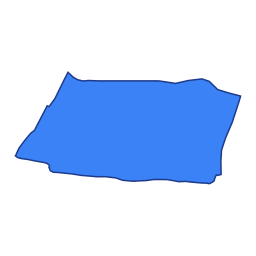 outline of Gros Islet/Edge Water, Gros Islet, Saint Lucia
{"feature_id": "8701671B26446113405700", "entity_name": "Gros Islet/Edge Water", "entity_type": "district", "adm_level": 2, "iso_a3": "LCA", "parent_name": "Saint Lucia", "parent_adm1": "Gros Islet", "projection": "mercator", "projection_center": [-60.95, 14.079], "detail": "fine", "context": "isolated", "style": "filled", "palette": "blue", "viewbox_px": 256, "rotation_deg": 0, "n_neighbors": 0, "source": "geoboundaries", "source_scale": "gbopen_adm2", "svg_char_len": 1245}
<svg xmlns="http://www.w3.org/2000/svg" viewBox="0 0 256 256"><path d="M240.6,96.1L228.5,92.9L217.7,89.6L209.3,81.4L202.0,78.9L188.4,80.5L175.5,83.4L162.3,81.4L158.7,80.9L148.3,80.9L123.6,80.9L98.9,80.9L88.4,80.5L84.8,80.9L82.4,80.9L77.6,79.7L73.2,77.2L68.4,72.7L68.0,72.3L64.0,80.1L58.3,91.7L55.1,98.3L51.5,103.3L49.1,106.6L47.1,105.9L46.2,107.8L45.3,109.5L43.2,113.5L39.3,121.0L35.8,127.7L35.5,128.3L34.6,130.3L31.2,132.8L28.9,135.4L28.0,136.5L27.5,137.1L24.3,141.0L20.1,146.6L19.4,147.6L18.4,149.4L17.3,151.8L16.2,154.2L15.9,155.4L15.4,155.8L16.7,156.9L18.6,157.9L21.6,158.6L28.1,159.5L34.3,160.8L38.0,161.5L43.4,162.4L46.4,163.1L49.1,164.9L49.4,166.0L48.9,167.2L50.3,170.7L53.3,172.2L58.2,172.5L64.6,173.2L71.7,173.9L81.3,175.4L90.0,176.1L96.0,176.7L105.5,176.7L115.9,177.9L120.9,179.7L122.9,180.3L129.3,180.9L132.7,181.2L135.8,181.1L137.9,180.9L145.7,180.6L154.0,179.5L160.2,179.5L167.1,179.6L173.1,180.6L178.8,181.7L185.9,181.4L190.2,182.0L196.0,182.5L201.4,183.0L206.2,183.1L209.4,183.7L212.2,182.3L214.1,180.9L215.1,177.5L216.3,175.0L217.5,175.3L218.1,175.1L218.9,175.1L221.1,174.5L220.9,161.5L220.9,160.9L221.5,150.5L222.2,148.1L225.5,138.1L232.2,122.4L239.1,101.2L240.6,96.1Z" fill="#3b82f6" stroke="#1e3a8a" stroke-width="1.5"/></svg>